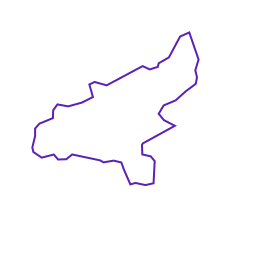 Toguz-Toro, Jalal-Abad, Kyrgyzstan (Equal Earth projection), rotated 335°
{"feature_id": "92254566B7375851562443", "entity_name": "Toguz-Toro", "entity_type": "district", "adm_level": 2, "iso_a3": "KGZ", "parent_name": "Kyrgyzstan", "parent_adm1": "Jalal-Abad", "projection": "equal_earth", "projection_center": [74.04, 41.261], "detail": "fine", "context": "isolated", "style": "outline", "palette": "violet", "viewbox_px": 256, "rotation_deg": 335, "n_neighbors": 0, "source": "geoboundaries", "source_scale": "gbopen_adm2", "svg_char_len": 741}
<svg xmlns="http://www.w3.org/2000/svg" viewBox="0 0 256 256"><g transform="rotate(335 128 128)"><path d="M127.8,188.9L138.2,169.3L136.6,163.3L129.8,158.0L133.6,149.1L135.1,148.2L171.4,145.8L163.9,136.1L161.8,128.1L169.9,122.6L182.9,123.1L196.0,119.1L208.1,116.6L212.0,111.1L213.4,104.1L220.9,95.8L223.9,67.3L213.9,67.1L194.9,81.3L183.2,82.3L180.8,85.2L172.5,84.1L167.4,78.1L126.7,80.3L117.2,72.2L111.4,72.2L109.3,85.1L97.0,85.5L82.9,83.1L74.0,76.8L67.7,80.3L64.1,87.3L49.6,86.6L43.6,89.2L40.5,95.9L33.0,105.3L32.1,109.8L37.3,118.4L49.6,120.7L51.3,127.0L58.8,130.2L66.2,128.4L89.0,145.5L91.3,148.8L101.2,151.5L107.4,156.4L106.7,164.0L106.3,180.1L111.6,181.0L119.7,187.1L127.8,188.9Z" fill="none" stroke="#5b21b6" stroke-width="2"/></g></svg>